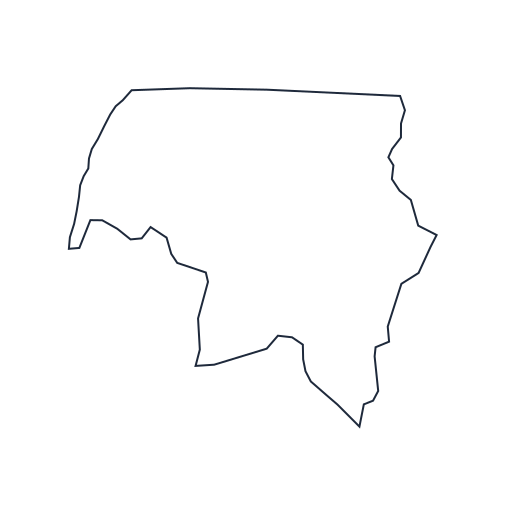 Brejo dos Santos, Paraíba, Brazil, rotated 257°
{"feature_id": "56859067B29664583774319", "entity_name": "Brejo dos Santos", "entity_type": "district", "adm_level": 2, "iso_a3": "BRA", "parent_name": "Brazil", "parent_adm1": "Paraíba", "projection": "albers", "projection_center": [-37.855, -6.391], "detail": "fine", "context": "isolated", "style": "outline", "palette": "slate", "viewbox_px": 512, "rotation_deg": 257, "n_neighbors": 0, "source": "geoboundaries", "source_scale": "gbopen_adm2", "svg_char_len": 970}
<svg xmlns="http://www.w3.org/2000/svg" viewBox="0 0 512 512"><g transform="rotate(257 256 256)"><path d="M66.5,318.4L87.2,327.7L88.7,337.5L97.0,344.7L131.5,349.0L140.2,352.0L142.6,366.4L157.6,368.5L175.5,379.1L196.2,391.4L202.9,410.6L225.7,428.2L235.8,436.7L249.1,420.9L275.8,419.5L287.3,410.6L300.4,405.7L313.4,410.3L322.4,407.2L329.7,412.7L338.9,423.9L352.5,427.1L364.5,433.9L379.5,432.4L415.6,304.0L434.4,229.2L445.5,172.1L437.8,161.3L433.5,153.0L426.7,145.8L416.9,137.5L405.5,128.2L397.2,120.1L388.6,115.2L379.0,112.3L372.6,106.1L364.5,100.6L353.4,96.8L339.9,91.3L328.2,86.0L316.2,78.9L305.1,75.3L303.6,85.7L328.2,102.7L325.4,114.2L313.8,126.9L300.4,137.5L298.9,148.6L307.9,159.8L294.0,173.0L277.1,173.9L267.0,177.7L251.2,203.4L241.6,203.4L208.2,185.5L177.4,180.2L162.5,172.4L159.5,190.8L163.3,245.6L173.4,259.4L168.7,272.8L159.1,281.7L144.7,278.7L132.6,278.3L121.4,281.2L104.7,293.3L93.0,301.9L66.5,318.4Z" fill="none" stroke="#1e293b" stroke-width="2"/></g></svg>